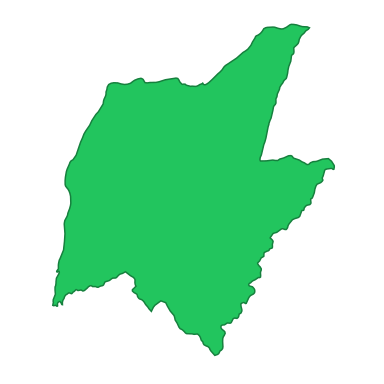 outline of Lourdes, Norte de Santander, Colombia, rotated 178°
{"feature_id": "7082276B15228121162034", "entity_name": "Lourdes", "entity_type": "district", "adm_level": 2, "iso_a3": "COL", "parent_name": "Colombia", "parent_adm1": "Norte de Santander", "projection": "orthographic", "projection_center": [-72.851, 7.965], "detail": "fine", "context": "isolated", "style": "filled", "palette": "green", "viewbox_px": 384, "rotation_deg": 178, "n_neighbors": 0, "source": "geoboundaries", "source_scale": "gbopen_adm2", "svg_char_len": 5908}
<svg xmlns="http://www.w3.org/2000/svg" viewBox="0 0 384 384"><g transform="rotate(178 192 192)"><path d="M335.1,83.6L334.3,83.2L332.2,83.5L331.1,82.6L330.6,82.6L330.4,82.7L330.3,83.2L330.4,85.0L329.8,86.3L328.6,87.1L327.8,87.1L327.5,86.9L326.7,85.7L326.2,84.4L325.9,84.0L325.4,83.9L325.4,86.1L324.9,88.1L323.6,90.1L323.0,91.9L321.8,93.5L320.5,94.2L318.9,95.4L317.9,95.4L316.2,94.6L315.6,94.7L314.0,96.4L313.2,96.7L311.5,98.4L311.1,98.5L309.4,97.5L306.6,97.9L306.0,97.8L304.6,96.9L303.8,97.0L302.8,97.4L300.1,99.6L298.7,101.0L297.2,101.8L296.0,101.9L294.5,100.9L291.8,100.9L290.2,100.2L289.4,100.1L289.1,100.1L287.0,101.1L284.9,101.5L284.3,101.7L283.6,102.3L282.3,104.8L281.8,105.3L278.0,106.3L276.8,107.0L275.4,108.1L274.2,108.7L271.7,108.7L270.9,108.9L269.9,109.7L268.4,111.3L267.3,112.1L266.6,112.5L264.2,113.1L261.3,114.6L256.4,110.5L253.8,108.9L252.9,108.0L252.0,106.5L252.2,103.2L251.9,101.2L251.3,99.8L253.6,97.6L254.7,96.7L255.0,96.3L255.0,95.1L253.4,93.5L250.8,91.9L250.4,91.3L250.0,89.3L248.8,87.5L248.0,86.9L246.1,86.2L244.8,85.1L243.6,83.6L242.3,81.2L240.1,78.5L239.1,76.8L236.8,74.1L234.6,78.2L233.0,80.1L226.9,84.3L222.1,82.3L220.5,78.7L217.9,73.8L214.2,69.1L213.6,66.7L213.3,64.7L211.4,61.4L209.7,57.3L208.5,55.7L207.4,55.2L206.4,54.6L204.5,52.7L203.6,51.5L202.6,50.7L202.0,50.6L196.8,50.2L194.9,49.7L191.6,49.9L191.0,49.5L189.6,48.1L188.7,46.3L188.0,43.8L187.7,43.2L187.2,42.8L186.4,41.8L186.0,40.1L185.3,38.9L183.1,37.6L181.7,37.1L180.7,36.2L179.9,35.2L179.6,34.1L178.7,32.5L174.9,27.9L172.0,28.8L170.9,29.6L169.6,32.1L168.1,33.0L166.9,34.4L166.5,36.2L166.6,41.6L166.4,44.3L165.9,45.9L164.6,47.9L163.8,49.6L164.1,51.2L165.1,52.3L166.9,53.8L167.8,55.3L167.8,56.4L167.6,57.1L167.0,57.7L166.3,58.0L164.2,58.1L161.3,59.9L158.8,59.6L157.9,59.7L157.2,60.4L155.3,63.9L154.3,64.4L153.5,64.5L151.5,64.1L150.6,64.7L149.8,65.7L149.1,68.4L147.6,69.1L147.1,69.6L146.3,71.4L146.3,72.8L147.0,76.1L147.1,78.4L145.7,79.4L144.0,79.8L143.4,79.5L142.6,78.7L141.7,78.8L139.0,84.3L138.2,85.4L137.1,86.5L134.2,87.9L133.1,89.0L132.8,89.8L132.7,90.8L132.8,92.1L133.2,93.0L134.3,94.5L135.0,95.2L137.9,96.1L138.2,96.4L138.6,97.1L138.5,97.6L138.1,98.4L137.7,98.8L136.7,99.1L135.5,100.3L134.4,101.1L131.8,102.2L128.7,104.2L127.3,104.1L126.5,104.6L126.3,106.2L126.4,108.9L126.2,109.9L125.5,111.7L125.5,112.9L126.6,114.9L127.6,115.9L128.7,117.6L128.9,118.2L128.8,118.9L126.8,120.8L125.2,123.7L122.6,125.1L122.4,125.4L122.4,126.9L122.1,128.6L121.7,129.1L119.0,130.3L117.7,130.6L117.1,131.0L116.4,132.4L113.9,133.2L113.5,134.1L113.5,136.9L112.7,139.6L112.9,140.4L113.4,141.2L114.4,142.4L115.3,142.9L115.4,143.7L112.4,147.7L111.3,148.1L108.7,148.7L104.3,151.7L103.4,152.1L102.5,152.1L100.5,151.3L99.3,151.2L98.9,151.4L97.8,152.9L97.1,155.2L96.1,156.8L92.6,160.8L90.3,161.8L86.9,162.7L86.3,163.0L85.2,163.9L83.1,169.1L82.7,169.7L81.1,169.8L80.7,170.7L80.4,172.1L79.6,173.1L78.5,174.2L77.8,174.7L74.7,175.3L73.7,176.3L73.5,177.0L73.7,180.5L73.4,181.1L72.6,181.3L72.0,181.9L71.4,183.1L69.8,187.0L69.1,190.5L68.0,193.5L66.8,195.4L63.0,196.9L61.6,198.1L60.9,199.0L60.8,199.5L61.2,200.4L61.3,201.6L60.3,203.6L58.6,209.2L57.8,209.9L56.3,210.3L52.1,210.7L51.2,210.5L50.2,209.7L49.6,209.7L49.4,209.8L48.9,212.1L49.0,213.6L51.5,217.9L54.5,220.6L60.4,220.3L65.7,218.5L67.0,218.2L69.9,218.1L72.6,217.1L74.1,215.7L74.6,215.5L75.8,215.4L76.3,215.5L78.6,217.2L81.0,218.3L83.7,220.2L89.0,222.2L89.6,222.6L90.6,224.2L91.8,224.9L93.8,224.9L94.6,224.7L99.2,222.8L103.3,221.8L104.6,220.8L105.3,220.5L107.6,220.6L110.2,221.1L116.8,220.5L122.5,220.6L122.7,220.8L123.0,222.3L122.5,224.4L121.4,226.6L118.6,236.8L117.4,239.6L116.2,243.5L113.6,254.7L112.8,256.8L112.9,257.3L111.6,260.7L110.4,263.1L108.3,270.8L107.6,274.2L106.9,275.4L105.7,276.6L105.0,278.0L104.9,282.2L103.8,284.2L103.3,287.0L101.2,291.2L100.8,292.4L100.8,293.2L98.8,296.4L97.9,297.2L96.1,300.3L93.9,302.1L93.3,303.6L92.3,307.4L91.8,310.6L90.9,314.1L88.7,319.3L87.8,324.8L87.5,325.3L86.0,326.4L85.4,327.4L85.2,329.0L85.3,332.5L84.7,333.2L82.4,335.1L80.8,336.7L80.0,338.5L79.5,340.8L77.9,343.7L76.9,344.9L74.4,346.9L72.7,349.0L70.1,350.6L68.9,352.0L71.0,353.0L75.8,353.4L77.9,354.0L81.4,355.3L84.5,355.9L86.9,356.1L88.2,355.7L91.9,353.3L95.2,351.9L97.0,351.8L98.4,352.1L100.3,352.6L103.6,353.8L105.3,354.0L110.9,353.9L112.6,353.6L114.5,352.7L116.3,350.0L117.8,348.4L118.9,347.5L120.5,346.5L122.3,345.8L123.0,345.2L123.8,343.5L126.3,339.8L128.0,336.5L131.2,332.8L133.6,331.1L136.1,329.7L142.8,324.2L154.2,317.2L155.7,315.8L157.8,312.9L160.1,310.7L161.9,309.3L167.8,303.8L171.4,300.7L173.1,299.6L174.5,298.9L175.4,298.7L176.4,298.9L176.9,299.3L177.5,300.4L178.1,299.9L180.5,299.1L182.2,298.1L183.4,297.6L184.9,297.4L188.4,297.8L189.5,297.6L193.9,298.9L195.1,300.0L196.8,300.1L197.6,299.9L198.5,300.3L200.3,302.4L201.4,304.8L202.3,306.0L204.0,306.4L214.7,305.1L221.1,303.3L224.1,302.8L230.2,302.9L232.7,302.6L234.5,302.8L235.2,303.0L236.9,306.2L238.2,307.1L239.1,307.4L242.1,306.9L245.4,305.7L247.3,304.5L249.7,302.8L252.6,302.0L255.7,301.8L259.2,302.5L262.4,303.6L266.3,303.9L269.1,303.5L271.5,302.3L273.0,299.9L273.5,297.4L274.4,295.0L274.5,292.8L275.0,291.0L276.6,287.9L277.2,286.2L277.7,283.1L282.8,275.4L285.3,272.9L289.6,266.8L291.9,262.3L296.2,256.5L298.0,253.6L299.5,250.0L301.6,245.7L306.5,232.8L309.8,228.4L311.8,227.3L312.9,225.9L313.5,224.3L316.0,219.1L316.8,216.9L318.0,211.2L318.4,207.8L318.5,204.0L318.2,202.5L317.1,200.8L315.9,199.3L314.9,197.4L314.1,195.1L313.5,191.9L313.5,185.1L313.9,182.8L314.9,179.6L316.8,175.1L317.0,173.9L317.6,172.2L320.1,167.9L320.6,165.7L320.8,164.4L320.4,154.7L321.2,146.8L322.4,138.5L326.2,130.0L327.0,128.6L327.8,125.6L328.1,123.7L328.2,119.9L329.9,117.7L330.0,117.1L329.8,116.8L329.3,116.7L327.8,117.5L327.5,117.1L327.4,116.2L328.0,114.8L330.5,110.6L331.0,107.3L331.1,105.6L331.5,103.2L332.0,102.3L332.2,101.3L332.3,98.7L332.1,94.6L334.4,89.3L334.6,87.5L334.4,86.7L335.1,83.6Z" fill="#22c55e" stroke="#15803d" stroke-width="1.5"/></g></svg>